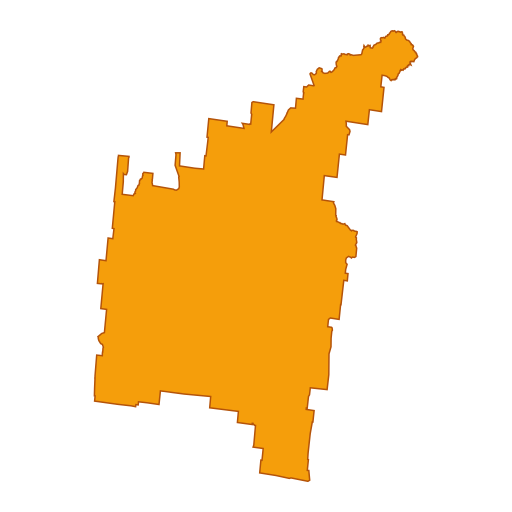 the district of Murweh, Queensland, Australia
{"feature_id": "25037944B20792422717007", "entity_name": "Murweh", "entity_type": "district", "adm_level": 2, "iso_a3": "AUS", "parent_name": "Australia", "parent_adm1": "Queensland", "projection": "equal_earth", "projection_center": [146.659, -26.136], "detail": "fine", "context": "isolated", "style": "filled", "palette": "amber", "viewbox_px": 512, "rotation_deg": 0, "n_neighbors": 0, "source": "geoboundaries", "source_scale": "gbopen_adm2", "svg_char_len": 5866}
<svg xmlns="http://www.w3.org/2000/svg" viewBox="0 0 512 512"><path d="M118.5,155.4L118.5,156.1L118.2,156.7L118.0,158.4L115.4,188.4L113.9,201.6L114.8,201.7L112.3,228.3L114.0,228.6L112.8,238.7L108.1,238.0L106.0,260.7L99.4,259.7L97.4,283.4L101.3,283.8L101.6,283.6L102.1,283.9L103.1,283.7L100.8,308.6L106.6,309.4L104.4,332.6L101.7,333.5L97.9,336.7L98.3,337.4L98.3,338.7L98.9,340.7L100.7,343.6L102.4,344.4L103.4,347.3L103.0,347.9L102.8,351.2L102.6,351.5L102.7,352.3L102.4,352.7L102.3,355.7L96.7,355.1L95.0,376.3L95.1,377.2L94.8,378.0L95.0,378.3L94.6,388.1L94.4,395.8L95.1,395.9L94.6,401.1L117.6,404.3L131.0,405.8L135.6,406.7L135.9,404.6L138.2,404.9L138.5,401.8L147.3,402.8L159.0,404.5L160.4,390.9L183.9,394.0L210.7,396.5L209.7,407.8L238.4,411.4L237.4,422.5L252.0,424.5L252.2,423.3L253.1,423.4L253.0,424.6L254.2,424.7L254.7,425.4L255.5,425.5L253.8,445.0L253.1,447.1L263.2,448.5L262.0,460.3L260.9,460.1L259.7,472.9L276.0,475.5L289.4,478.4L290.9,477.9L307.9,481.3L309.7,480.2L308.8,470.5L307.3,470.4L308.4,459.6L307.7,459.4L307.8,457.4L308.1,452.9L310.2,433.7L312.3,421.9L312.9,422.0L314.1,410.6L306.2,409.4L306.3,408.0L307.2,408.1L308.5,396.5L309.5,394.8L310.3,387.8L327.1,389.6L328.8,374.7L329.0,353.8L331.0,346.8L331.1,338.2L331.8,331.3L332.4,330.2L332.1,327.9L331.6,327.3L327.7,326.7L328.5,319.4L330.3,318.0L339.1,319.4L340.6,304.6L341.0,304.7L343.8,280.3L347.3,280.9L348.0,273.6L345.3,273.2L345.7,269.4L347.1,264.3L345.7,262.7L345.7,259.9L346.4,257.9L348.5,256.4L350.6,257.2L351.4,258.0L352.4,257.1L354.6,257.4L355.9,256.5L356.7,248.0L356.4,247.6L355.9,245.6L355.5,245.4L355.6,244.5L356.5,243.3L356.5,242.5L356.8,242.3L356.3,239.5L356.4,237.8L355.6,237.1L355.7,236.6L357.0,233.7L357.2,231.8L356.5,231.4L354.4,231.1L353.6,230.4L352.0,230.3L351.5,230.8L351.0,230.3L350.5,230.2L347.2,225.7L346.4,225.3L345.8,225.4L345.4,225.0L344.8,223.6L343.4,224.1L342.7,224.1L341.8,223.5L341.4,223.7L340.3,223.4L340.0,222.6L339.1,222.5L337.6,221.7L336.5,221.5L336.4,220.7L336.7,220.5L336.7,219.9L337.0,219.6L336.8,218.3L336.0,216.4L336.2,215.6L335.7,215.2L335.8,208.7L334.8,205.4L333.6,203.2L333.5,202.5L333.8,201.7L322.0,199.9L324.3,175.6L337.0,177.4L339.4,154.1L345.5,155.0L347.6,134.7L349.0,134.8L350.0,131.4L349.6,129.7L346.3,126.3L346.3,123.8L346.0,121.2L367.8,124.6L369.4,109.7L381.5,111.6L384.0,87.4L380.8,86.8L382.1,75.2L385.0,75.7L387.0,76.4L388.0,77.4L389.3,78.1L390.1,79.8L391.1,80.6L391.7,79.7L392.7,79.9L392.7,79.6L393.0,79.4L393.2,79.6L394.5,79.6L394.9,79.9L395.5,79.2L395.3,78.8L395.7,78.6L396.4,78.9L396.7,78.7L396.7,77.5L397.9,75.6L398.2,74.0L399.1,73.3L400.1,71.1L400.0,70.8L400.7,69.7L401.1,70.3L401.7,69.9L402.0,70.2L402.6,69.8L403.1,70.1L403.2,69.7L403.8,69.2L403.8,68.9L405.0,68.9L405.4,68.5L405.3,68.2L405.4,67.9L406.2,67.5L406.4,67.2L407.6,67.1L407.7,66.6L407.4,66.2L407.5,65.8L408.6,64.9L408.9,65.3L409.2,64.6L409.6,64.2L410.9,64.9L410.0,62.6L410.0,62.0L410.5,61.4L411.1,61.5L411.6,61.3L411.6,61.7L413.1,61.5L413.8,61.7L414.5,59.9L415.3,58.7L416.9,57.6L417.4,56.6L417.6,56.6L417.6,56.2L416.7,54.6L416.8,54.1L416.1,53.6L416.2,53.2L415.7,52.2L415.2,52.1L414.2,50.7L413.0,49.7L412.8,48.5L413.5,46.3L412.9,45.4L412.7,45.4L412.5,44.9L411.2,44.6L411.3,43.8L410.2,42.6L409.5,41.3L408.0,40.3L406.8,40.1L405.6,39.0L405.3,38.4L405.4,38.0L404.9,36.7L403.9,35.6L403.7,35.0L402.8,35.0L402.5,34.6L402.6,33.1L402.1,32.5L402.1,31.9L401.2,31.8L400.5,32.2L399.5,31.6L399.1,31.8L398.1,31.2L397.2,31.6L396.4,32.5L396.0,32.5L395.8,32.3L395.6,31.6L394.7,30.9L394.3,30.7L393.1,31.2L392.7,30.8L391.6,31.0L390.8,31.5L390.1,32.8L389.4,33.3L389.3,33.9L389.0,34.3L388.4,34.8L387.7,34.8L387.4,35.9L385.7,36.4L384.8,38.1L383.6,37.4L383.0,37.7L381.3,37.7L380.7,38.0L380.4,38.6L380.5,40.1L381.1,40.8L380.7,42.3L380.1,42.1L379.8,42.5L379.2,42.5L378.8,42.9L377.1,43.1L375.9,44.3L373.8,45.3L373.6,46.1L373.1,46.5L373.0,47.4L372.5,48.1L370.3,47.8L370.2,47.6L370.1,46.4L370.2,46.1L370.1,45.4L369.0,45.7L368.1,45.1L367.7,46.2L367.0,46.1L365.9,47.0L365.3,47.2L364.6,46.6L364.0,45.6L363.8,46.5L364.1,47.9L363.6,48.5L363.2,49.5L362.6,49.9L361.8,53.8L361.1,54.7L353.4,55.4L350.6,54.6L350.2,55.0L349.8,54.2L348.7,53.7L347.8,53.8L347.4,54.7L346.9,54.8L346.3,54.4L345.0,54.5L344.0,53.8L342.1,54.1L341.6,53.7L341.2,54.0L341.3,55.6L341.1,56.0L340.0,55.8L339.6,56.0L339.5,56.8L338.7,57.1L338.4,57.9L338.3,58.8L337.0,61.5L336.5,61.5L336.3,61.8L336.1,62.5L336.3,64.9L336.9,66.4L336.3,67.6L335.9,67.8L335.4,67.6L334.7,68.3L334.5,69.2L333.5,70.5L331.5,72.3L330.9,72.4L330.2,71.3L329.5,71.3L327.7,73.1L324.7,73.4L323.0,72.8L322.3,71.6L321.6,71.5L322.1,70.2L322.0,68.9L321.6,68.6L319.2,67.8L317.3,69.3L316.2,71.7L316.4,72.9L316.3,73.4L314.6,74.8L313.3,74.6L311.9,73.1L311.3,72.9L310.6,73.0L310.0,73.9L314.1,85.6L313.6,85.8L308.7,85.0L306.6,87.0L303.8,86.6L303.2,91.7L303.8,92.8L303.5,93.0L303.6,93.3L303.0,99.1L296.4,98.3L295.5,108.2L290.7,107.9L288.4,110.0L287.1,113.1L286.9,113.2L287.0,113.5L285.6,116.4L284.2,118.6L284.1,119.4L271.3,132.0L273.9,104.8L253.2,101.7L251.9,102.5L251.0,113.0L251.7,114.3L250.7,124.1L249.9,123.9L249.6,124.4L242.3,123.3L243.0,124.4L244.0,128.4L226.8,125.8L227.2,121.3L208.8,118.6L207.0,137.2L208.2,137.4L207.8,141.2L206.0,155.9L204.8,155.7L203.6,169.0L194.6,168.2L179.5,165.9L180.1,152.8L175.6,152.8L176.0,154.7L175.1,165.3L179.1,176.6L178.7,177.0L179.2,182.1L179.3,187.1L178.7,188.7L176.4,190.2L174.6,189.9L173.4,189.2L152.6,185.6L152.4,184.0L152.0,182.7L152.3,180.3L152.1,179.9L152.4,179.2L152.9,173.4L143.9,172.3L143.8,172.7L142.9,173.5L142.7,174.0L143.0,175.3L142.6,175.7L142.1,178.2L141.5,178.8L140.6,179.0L140.4,179.2L140.5,179.7L139.6,180.4L139.4,182.6L139.5,183.4L139.1,184.0L139.1,184.9L138.0,185.5L137.2,187.8L135.7,189.6L135.6,190.9L134.9,192.1L134.9,193.1L135.2,193.5L134.0,193.9L133.2,195.7L122.2,194.3L123.3,181.8L123.4,173.7L124.0,174.5L126.4,174.7L127.6,171.4L128.6,157.8L128.9,157.5L129.0,156.4L118.5,155.4Z" fill="#f59e0b" stroke="#b45309" stroke-width="1.5"/></svg>